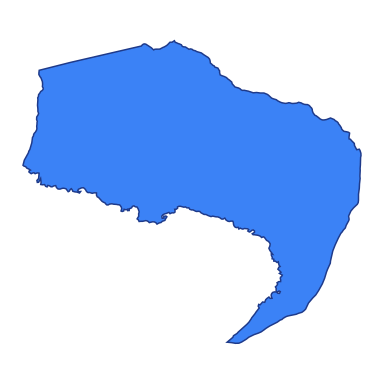 the district of Naviraí, Mato Grosso do Sul, Brazil
{"feature_id": "56859067B65358919178555", "entity_name": "Naviraí", "entity_type": "district", "adm_level": 2, "iso_a3": "BRA", "parent_name": "Brazil", "parent_adm1": "Mato Grosso do Sul", "projection": "albers", "projection_center": [-54.032, -23.101], "detail": "fine", "context": "isolated", "style": "filled", "palette": "blue", "viewbox_px": 384, "rotation_deg": 0, "n_neighbors": 0, "source": "geoboundaries", "source_scale": "gbopen_adm2", "svg_char_len": 5937}
<svg xmlns="http://www.w3.org/2000/svg" viewBox="0 0 384 384"><path d="M326.5,272.0L327.5,269.4L330.3,263.2L330.5,261.0L332.8,250.9L335.2,244.8L338.3,238.1L340.8,233.4L342.0,232.1L343.4,230.0L345.3,228.0L346.2,225.3L348.8,220.5L349.1,219.2L348.6,216.1L350.9,211.0L353.6,207.8L357.3,204.3L358.2,202.6L358.5,200.1L358.5,194.2L359.3,188.4L359.5,183.9L360.1,178.6L359.9,176.0L360.2,170.4L360.1,168.5L360.4,165.0L360.6,157.4L361.0,155.7L360.9,153.3L360.1,150.7L359.3,149.2L356.7,149.7L354.5,145.5L354.3,143.4L351.3,140.4L350.5,139.3L349.1,138.9L349.0,137.2L349.6,133.1L348.6,132.3L346.8,131.8L343.9,131.3L342.7,130.2L341.8,129.3L341.3,127.7L340.5,126.4L339.7,125.2L338.8,124.2L338.0,122.6L336.9,121.6L335.3,120.7L334.1,119.5L330.5,118.0L326.6,119.5L324.5,119.9L322.7,120.0L321.2,119.5L320.2,119.0L318.7,117.7L316.2,115.8L314.8,115.2L313.0,112.7L312.4,110.9L312.2,109.2L311.5,107.9L310.5,107.0L309.4,105.6L307.6,104.6L305.5,104.5L304.2,104.3L302.6,103.7L301.2,102.9L298.6,102.3L297.4,102.9L296.3,103.2L292.7,103.5L291.2,103.3L290.1,102.9L288.8,102.7L287.0,103.2L285.3,103.4L282.1,102.8L280.6,102.3L277.7,100.8L276.3,99.7L273.3,98.8L271.6,98.1L268.4,95.1L267.2,94.3L263.9,93.0L260.2,93.0L256.6,92.5L253.2,92.8L248.5,91.2L244.2,90.3L242.4,90.4L241.1,89.8L240.1,88.8L238.6,88.0L235.0,87.0L232.2,83.8L231.7,82.0L229.1,79.8L227.9,79.0L226.5,77.6L224.5,76.6L221.9,75.7L220.2,74.9L219.6,72.6L219.6,70.8L218.7,69.6L218.0,68.2L216.6,67.6L215.0,67.2L214.2,65.9L212.7,65.2L211.8,64.2L210.4,63.1L210.1,60.9L209.6,59.2L208.3,57.6L203.9,54.8L201.3,52.9L196.8,51.6L195.2,50.7L193.4,50.3L191.9,49.2L190.2,48.9L189.0,49.3L185.5,47.0L183.5,46.8L182.3,46.4L181.4,44.8L179.4,43.9L177.8,43.4L176.5,42.7L175.3,42.4L174.4,40.7L172.1,42.2L170.0,42.2L167.5,44.8L166.5,45.6L164.3,46.9L163.0,47.4L159.8,49.1L154.9,49.2L153.7,49.9L152.5,48.9L151.4,47.8L145.9,44.2L144.7,43.9L143.4,44.1L142.2,45.0L141.4,46.0L70.5,62.4L39.2,70.3L38.9,72.9L38.9,74.6L40.0,76.6L41.0,78.0L42.4,81.7L42.6,84.1L42.4,86.7L43.2,88.0L43.1,89.4L42.2,90.5L40.7,91.5L39.8,93.1L38.6,94.6L38.4,96.5L37.7,97.8L37.9,99.7L37.5,105.3L37.9,109.0L37.9,111.4L38.6,113.4L38.0,115.0L36.7,117.0L36.6,119.6L37.3,121.3L37.0,122.7L37.0,124.0L36.7,126.3L36.9,128.4L36.6,130.0L35.4,132.1L34.1,133.5L33.6,134.7L33.4,136.1L32.5,137.4L31.8,142.8L29.8,149.6L28.8,151.2L28.4,152.8L24.3,160.2L23.0,165.3L24.1,166.2L25.6,166.6L26.8,168.1L28.9,169.1L30.4,170.1L29.4,170.6L28.9,171.9L30.2,173.0L31.2,173.7L32.4,173.1L34.0,172.7L35.1,173.7L36.6,173.1L37.7,172.9L39.1,173.2L38.6,178.6L36.9,180.4L37.3,182.4L38.6,182.3L40.6,178.5L41.1,182.6L40.7,184.5L42.4,184.8L44.6,184.6L45.6,186.3L47.1,186.9L47.8,185.4L49.6,185.9L51.0,186.8L52.2,186.8L53.8,185.9L55.7,185.6L56.5,187.6L58.0,189.0L60.0,189.1L62.0,188.4L63.3,188.2L64.7,188.4L66.0,188.8L68.2,191.7L69.4,191.1L70.2,189.5L71.3,188.7L72.2,189.8L72.8,191.3L75.0,191.9L77.0,192.1L79.5,193.0L80.6,191.5L78.8,191.6L77.8,190.6L78.4,189.3L81.5,187.9L83.4,187.7L84.7,188.7L85.6,189.8L86.6,191.6L88.0,192.6L89.6,192.5L92.2,193.3L94.3,192.8L96.5,192.9L96.5,195.3L97.3,196.9L98.5,197.4L99.4,198.4L102.0,201.3L103.4,202.2L104.9,202.8L105.7,203.9L106.8,204.9L108.2,204.9L109.6,204.1L111.9,203.8L113.6,204.2L116.5,204.4L117.9,204.7L119.7,204.9L120.5,205.9L121.3,207.1L121.7,208.8L121.0,211.0L122.1,211.5L123.7,211.0L124.1,209.3L126.1,209.8L127.6,209.2L127.7,210.6L129.2,210.5L129.3,208.7L130.5,208.4L131.6,207.8L132.4,206.4L133.9,205.8L135.3,206.8L137.0,207.0L138.1,208.7L139.2,211.9L138.6,213.8L138.7,216.3L137.7,217.8L137.1,218.9L138.3,219.8L139.1,221.5L140.9,221.3L142.7,221.3L145.8,220.6L147.1,220.9L148.2,221.5L149.3,222.6L152.6,221.8L154.3,221.9L155.9,222.7L157.0,224.1L158.6,223.2L159.7,222.8L161.0,222.5L162.3,221.3L164.9,220.4L165.5,219.0L166.9,216.8L165.9,216.0L163.8,216.3L163.9,218.1L162.2,218.3L161.8,216.2L163.0,214.7L164.6,213.9L166.5,213.4L167.8,212.8L169.0,212.4L170.0,213.7L171.9,212.8L173.6,212.9L174.8,212.4L175.1,210.9L174.7,209.3L176.3,209.2L177.6,208.2L177.5,206.9L178.9,206.3L180.5,206.3L183.9,207.2L185.4,206.9L187.0,207.9L188.8,207.8L189.8,209.3L191.4,209.9L193.0,209.9L195.6,211.2L196.8,211.5L198.1,211.3L199.8,211.5L201.0,212.8L204.0,214.4L206.0,214.5L208.0,215.5L211.0,216.6L212.7,216.1L215.7,216.8L217.8,216.9L219.8,217.7L221.5,219.0L223.0,219.1L224.8,218.1L226.1,220.1L227.9,221.2L229.3,221.5L230.9,221.1L232.8,221.2L233.3,222.4L233.5,224.3L234.0,225.8L235.2,227.2L236.4,227.6L238.1,227.3L238.9,229.0L240.2,228.1L241.4,228.7L242.9,229.1L244.3,228.5L247.7,228.8L248.7,229.6L247.8,231.0L249.3,232.0L250.5,231.6L251.7,230.4L253.2,229.9L254.5,231.0L254.5,232.3L252.2,233.8L253.1,234.7L254.2,234.7L258.0,235.3L259.5,235.8L260.5,236.4L261.6,237.5L263.3,236.8L264.4,237.4L266.6,240.4L268.0,241.1L269.2,242.2L270.2,243.9L269.8,246.2L268.9,248.2L269.5,249.7L270.2,250.9L272.7,254.3L271.3,254.0L271.4,255.5L272.3,257.2L272.1,258.8L273.8,259.2L273.8,261.1L275.4,261.2L277.1,262.5L278.3,261.8L279.0,265.1L280.1,266.5L278.9,267.1L277.9,269.2L279.6,270.8L281.0,272.2L279.4,273.4L282.3,275.1L281.5,276.6L280.5,277.2L280.3,278.6L280.7,279.9L280.6,281.6L278.7,281.6L277.0,282.8L277.7,283.9L276.8,285.6L275.4,286.9L276.2,288.4L276.1,290.0L276.4,292.0L274.6,291.9L272.9,292.3L271.9,293.3L271.3,294.4L271.2,295.8L272.0,298.3L270.1,298.4L268.9,297.0L266.9,298.5L265.7,299.7L264.7,302.3L262.6,302.0L260.1,304.8L258.7,304.4L258.2,306.2L259.2,308.0L256.0,312.1L255.0,313.7L251.8,317.7L250.9,319.3L248.9,322.2L246.8,324.4L238.3,332.0L237.0,333.5L233.5,335.7L232.9,337.3L227.1,342.2L231.3,342.6L235.4,343.3L238.9,343.2L241.7,342.0L246.4,339.1L248.8,337.2L254.1,334.6L258.4,333.1L261.3,331.8L266.2,328.2L269.7,326.0L277.2,322.2L280.3,320.0L281.9,319.5L283.2,318.3L285.7,316.8L287.2,316.2L289.2,315.7L296.1,314.3L298.5,313.3L301.9,312.3L303.8,310.9L305.6,309.2L308.5,303.0L312.9,297.8L315.8,294.9L318.7,290.4L322.3,283.9L324.6,278.3L326.5,272.0ZM276.4,292.0L277.8,291.7L279.1,291.0L280.3,291.6L279.5,293.4L277.9,293.3L276.4,292.0Z" fill="#3b82f6" stroke="#1e3a8a" stroke-width="1.5"/></svg>